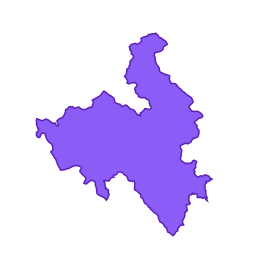 Bao Yen, Lào Cai, Vietnam (Mercator projection), rotated 10°
{"feature_id": "81297802B25948208667731", "entity_name": "Bao Yen", "entity_type": "district", "adm_level": 2, "iso_a3": "VNM", "parent_name": "Vietnam", "parent_adm1": "Lào Cai", "projection": "mercator", "projection_center": [104.421, 22.295], "detail": "fine", "context": "isolated", "style": "filled", "palette": "violet", "viewbox_px": 256, "rotation_deg": 10, "n_neighbors": 0, "source": "geoboundaries", "source_scale": "gbopen_adm2", "svg_char_len": 5917}
<svg xmlns="http://www.w3.org/2000/svg" viewBox="0 0 256 256"><g transform="rotate(10 128 128)"><path d="M88.0,106.8L89.5,108.6L89.5,109.0L88.7,113.5L88.2,113.9L86.0,114.6L83.2,117.1L79.7,117.7L77.9,117.0L76.2,115.9L74.5,116.4L72.0,117.8L71.0,117.8L70.3,116.8L69.7,116.6L68.4,117.1L67.7,116.9L65.8,117.9L64.9,120.1L63.6,120.5L63.3,121.3L63.7,123.2L62.5,127.4L62.0,128.4L61.2,129.3L58.4,131.2L56.9,133.1L56.9,133.6L57.6,135.0L59.1,137.0L59.0,137.4L57.9,138.2L56.9,137.7L55.1,135.7L54.5,136.2L54.1,136.1L53.6,136.6L51.7,135.8L48.1,133.9L46.0,133.4L45.2,133.7L43.8,134.8L43.3,134.9L42.7,135.6L41.1,135.6L37.0,134.7L36.5,134.8L36.4,136.5L37.1,138.3L37.1,140.1L38.5,142.4L39.3,144.1L40.4,144.7L40.0,146.5L40.1,147.2L38.6,148.3L38.9,149.1L38.9,150.6L39.3,151.4L40.6,152.7L42.1,152.8L42.8,152.3L43.4,149.5L44.6,147.8L46.4,147.8L47.3,148.2L48.4,150.0L48.8,151.3L50.8,154.1L52.4,155.5L55.5,157.0L56.4,158.0L56.9,159.4L57.8,161.2L57.6,162.9L56.2,164.7L56.2,165.1L59.6,168.5L61.1,170.5L62.3,171.3L63.4,173.4L64.2,174.2L64.4,175.3L67.0,178.8L68.2,179.7L68.4,180.8L68.7,181.1L69.6,181.1L72.1,180.3L73.5,179.8L75.6,178.3L76.9,178.2L77.7,177.3L78.1,176.4L79.0,176.4L80.4,175.3L82.2,174.4L82.6,173.9L83.4,174.2L84.5,173.8L88.3,174.4L88.9,174.9L89.1,175.6L88.1,178.0L88.2,179.2L90.8,181.5L94.4,183.8L95.1,184.7L95.2,185.7L95.0,186.9L94.1,189.3L94.4,190.2L95.5,190.4L96.9,190.2L99.6,186.9L101.1,186.0L102.3,185.9L104.2,186.3L105.2,187.5L105.7,189.7L107.3,192.6L108.6,197.3L109.2,198.2L110.7,199.0L116.9,200.8L119.2,202.8L120.2,200.5L120.8,197.4L120.9,196.4L120.2,195.8L119.7,194.7L119.7,192.9L119.4,192.5L117.8,191.8L117.2,191.2L116.4,191.6L116.0,189.6L115.3,188.3L114.9,186.5L114.3,185.4L113.2,184.8L113.1,184.2L113.5,183.9L114.6,183.9L115.2,183.6L116.5,183.8L118.4,183.5L119.9,180.1L122.7,178.8L122.2,178.0L121.9,176.9L123.7,176.4L124.6,175.9L125.7,173.7L126.7,172.7L129.1,172.7L131.0,173.2L132.0,174.4L135.3,175.8L137.4,179.5L139.6,180.0L140.9,179.2L142.1,179.9L143.2,179.4L144.4,181.3L144.5,183.2L144.9,185.5L144.8,186.6L145.6,187.9L147.9,188.5L149.9,190.2L151.4,190.6L151.9,191.3L152.6,193.7L153.9,194.4L155.2,195.5L156.4,197.4L156.7,198.3L157.6,199.2L160.4,200.4L162.1,202.4L163.6,202.9L164.3,204.2L165.7,204.7L168.3,206.8L170.5,207.5L172.7,209.0L173.1,209.7L173.4,210.9L175.7,214.9L178.6,215.8L180.0,217.1L181.4,218.9L183.4,219.8L183.4,220.5L184.1,221.2L185.1,223.5L188.0,224.3L190.6,226.2L191.0,226.1L192.2,224.7L192.9,222.5L193.7,221.5L194.9,220.6L194.4,219.4L194.3,218.5L195.6,216.7L196.2,215.0L197.3,214.3L199.2,214.1L199.7,213.8L198.1,211.8L197.9,209.6L198.5,207.3L199.0,206.6L199.0,202.9L198.7,201.4L199.3,201.0L199.7,200.0L200.6,199.4L200.7,199.1L200.5,198.2L199.9,197.2L199.5,195.3L198.8,193.9L199.9,193.0L201.4,192.7L202.4,191.5L200.0,188.2L200.2,186.6L200.0,183.5L202.2,182.4L203.0,180.9L203.4,181.6L204.1,182.0L205.9,181.0L206.8,180.8L207.9,181.5L208.0,182.0L207.9,183.4L208.6,184.4L209.4,184.4L210.4,183.9L211.7,183.7L213.6,184.3L214.3,183.9L215.3,182.9L215.7,183.1L217.2,185.1L218.6,185.8L217.8,184.5L218.1,183.1L216.1,179.9L216.0,178.6L215.4,177.7L215.6,176.1L214.6,175.1L214.4,174.6L213.7,170.8L214.0,169.1L214.9,168.5L214.3,167.0L215.7,166.9L217.0,166.3L219.6,163.7L217.3,163.0L216.2,161.5L213.2,160.7L212.7,160.7L210.9,161.4L209.6,162.5L207.6,162.5L206.0,164.3L204.3,163.6L203.5,163.5L202.6,162.5L201.0,161.2L201.0,160.8L201.5,160.0L201.6,159.4L200.1,157.9L201.5,155.0L201.4,154.3L200.8,152.4L201.5,149.4L200.6,148.7L198.4,148.3L197.5,149.2L196.4,151.6L191.3,152.8L189.3,152.4L186.6,151.1L185.1,149.8L184.8,148.9L185.2,146.4L184.9,143.8L185.0,141.6L184.7,140.4L182.8,138.0L182.8,136.4L183.9,135.2L187.3,133.0L189.2,133.3L189.7,133.1L192.4,130.9L192.9,128.9L194.3,127.1L197.5,125.2L198.4,124.1L198.8,121.0L198.3,118.0L196.4,116.4L195.6,115.1L195.5,113.6L192.9,111.6L192.4,111.1L192.4,110.7L196.0,106.2L199.0,104.8L199.5,103.5L199.3,102.7L198.7,101.9L196.6,100.5L194.4,99.7L193.5,99.5L190.0,100.3L187.6,100.2L186.8,99.5L186.4,98.8L185.4,98.1L184.5,96.7L184.6,95.6L187.6,91.4L187.6,90.9L186.1,88.7L186.1,88.2L184.7,86.9L179.8,84.8L176.9,82.9L175.4,82.4L173.3,80.6L171.9,80.1L170.0,78.8L168.5,77.2L167.1,76.3L165.6,76.2L162.8,76.6L160.7,73.6L160.0,72.2L160.1,69.6L159.5,69.2L154.2,68.5L149.8,67.2L149.4,66.6L148.0,63.0L145.6,60.9L143.4,57.5L142.6,54.1L141.4,52.4L141.1,50.6L141.5,49.5L142.0,49.0L143.3,48.3L145.9,47.3L148.2,45.5L148.8,44.3L148.8,42.1L149.8,40.8L151.3,39.8L152.1,38.8L152.0,38.4L151.0,37.0L149.9,36.0L144.3,33.4L143.0,33.3L142.1,32.6L141.4,31.4L140.4,31.0L138.9,29.8L138.0,30.5L135.1,31.1L134.4,31.5L134.1,32.2L132.2,32.2L131.6,32.9L131.1,34.4L129.3,34.8L125.7,36.9L125.3,37.5L126.2,40.5L125.1,41.7L124.8,42.4L123.4,43.1L122.4,44.2L120.6,43.4L118.1,44.5L116.4,45.5L116.2,46.3L115.2,47.6L116.6,51.3L117.0,51.6L117.7,51.7L118.3,52.2L118.3,54.4L119.9,55.3L121.3,56.9L121.1,57.5L118.5,62.0L118.5,63.3L119.0,64.9L118.9,65.6L118.3,66.4L118.6,68.3L118.2,69.0L116.7,70.1L117.0,74.8L116.6,76.4L115.8,77.2L115.6,77.7L118.3,80.1L119.5,81.9L119.6,82.6L119.1,83.8L119.3,83.9L121.3,84.3L124.1,82.8L126.8,82.3L127.2,82.2L128.8,83.2L129.5,84.5L129.5,85.4L128.2,86.7L128.0,89.0L129.1,90.9L129.4,91.9L132.2,93.5L132.6,94.0L132.9,95.2L133.3,95.4L136.1,95.9L139.6,95.1L141.4,96.5L143.2,96.7L143.6,96.9L144.2,97.9L144.6,99.6L145.5,100.5L145.4,101.7L147.0,102.9L147.2,103.2L147.3,104.3L146.9,105.2L146.1,105.8L144.9,106.1L142.2,105.7L141.0,106.2L141.1,107.0L139.7,108.6L138.6,110.7L137.9,110.7L137.7,111.0L137.7,112.3L138.0,112.9L137.8,114.1L137.3,113.5L136.3,113.1L135.1,113.8L134.2,112.5L132.9,111.5L132.5,110.8L130.9,109.5L129.8,109.1L126.6,108.8L125.6,107.8L122.5,105.8L121.7,105.8L119.1,107.5L118.0,107.8L117.2,107.5L116.9,106.6L116.2,106.1L113.8,105.9L110.9,105.3L110.4,104.6L109.7,102.4L108.7,101.0L105.6,99.3L104.2,99.1L103.3,98.4L102.1,98.3L101.3,97.5L100.0,96.6L98.0,95.9L97.5,96.2L95.7,99.9L94.6,101.5L93.4,102.2L91.6,104.1L89.6,105.4L88.0,106.8Z" fill="#8b5cf6" stroke="#5b21b6" stroke-width="1.5"/></g></svg>